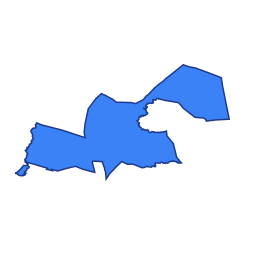 the district of San Miguel Amatitlán, Oaxaca, Mexico, rotated 287°
{"feature_id": "50627088B32935680328214", "entity_name": "San Miguel Amatitlán", "entity_type": "district", "adm_level": 2, "iso_a3": "MEX", "parent_name": "Mexico", "parent_adm1": "Oaxaca", "projection": "equal_earth", "projection_center": [-98.046, 17.886], "detail": "fine", "context": "isolated", "style": "filled", "palette": "blue", "viewbox_px": 256, "rotation_deg": 287, "n_neighbors": 0, "source": "geoboundaries", "source_scale": "gbopen_adm2", "svg_char_len": 5610}
<svg xmlns="http://www.w3.org/2000/svg" viewBox="0 0 256 256"><g transform="rotate(287 128 128)"><path d="M106.2,39.2L105.5,39.2L105.2,39.2L104.4,38.5L103.0,39.1L102.3,39.6L101.9,39.6L101.6,39.4L101.0,39.5L100.6,38.8L100.4,38.1L100.4,37.8L99.9,37.1L99.2,36.9L99.0,37.0L98.7,36.9L98.5,36.3L98.0,36.2L96.7,36.1L96.2,36.3L95.7,36.7L95.3,37.5L95.0,37.5L94.1,38.3L93.6,38.8L92.9,39.0L92.6,38.9L92.3,38.9L90.0,40.7L89.7,40.5L89.3,39.9L89.0,39.8L88.2,39.9L87.3,39.3L87.0,39.3L86.8,39.4L86.8,39.6L87.1,39.9L86.7,40.0L86.2,39.9L85.6,40.1L85.4,40.0L85.3,39.8L84.1,39.4L83.9,38.7L83.6,38.5L83.3,38.6L83.2,38.8L83.2,39.0L81.6,38.4L81.4,38.4L80.7,38.7L80.4,38.7L80.2,38.3L80.1,37.2L79.9,37.0L79.7,37.1L79.4,37.5L79.2,37.6L78.5,37.3L78.3,37.6L78.0,37.9L77.5,37.2L77.1,36.9L76.6,36.4L76.4,36.4L75.9,37.4L75.4,37.8L75.1,38.4L74.8,38.7L74.1,39.0L73.9,39.6L73.7,39.7L72.7,39.2L72.4,39.2L71.3,39.3L70.9,39.5L69.9,39.6L69.2,39.3L69.1,39.1L68.7,38.8L67.6,38.6L67.1,38.8L67.0,39.0L66.9,39.6L66.8,39.8L66.6,39.9L66.3,39.7L65.5,39.5L65.4,39.6L65.3,39.9L65.3,40.1L65.0,41.0L64.5,41.5L64.1,42.6L63.5,42.5L63.0,42.4L62.6,42.0L62.3,41.5L62.0,40.3L61.6,39.8L61.6,39.6L61.7,39.1L57.1,37.2L52.8,34.6L52.4,33.8L51.8,33.8L51.6,34.1L51.7,34.4L52.0,34.7L52.0,35.1L51.5,35.9L51.4,36.0L51.3,36.3L51.3,36.8L51.0,37.2L50.9,38.1L51.0,39.1L51.2,39.6L51.3,40.3L51.3,40.8L51.7,41.5L52.2,41.5L52.3,41.6L52.4,42.6L52.5,43.0L52.4,43.1L52.6,43.0L53.3,43.4L53.6,43.1L53.4,42.3L53.5,41.9L54.4,43.2L54.8,43.5L54.9,42.7L55.2,42.2L55.8,41.9L56.2,42.8L56.7,42.7L57.5,43.3L58.0,43.5L58.6,43.3L59.9,43.4L60.0,43.8L60.2,44.1L61.0,44.9L61.9,44.9L62.9,42.8L64.0,43.0L65.7,40.5L65.7,43.2L66.0,50.7L65.9,51.1L65.9,55.2L65.9,59.4L66.0,60.8L65.9,62.9L64.7,62.3L65.1,68.2L66.1,67.3L66.3,73.2L69.6,78.4L70.5,79.6L73.3,84.3L73.9,85.2L76.2,89.5L75.9,90.6L75.4,96.2L75.6,105.5L75.9,109.2L78.9,107.5L84.5,104.0L86.1,104.1L88.0,112.1L88.4,113.0L82.9,117.2L81.0,118.1L79.6,119.2L78.0,120.0L72.9,122.0L78.6,123.7L87.2,128.0L94.0,131.7L93.2,138.4L94.9,143.1L94.1,153.1L95.0,155.1L95.4,155.7L95.7,155.7L96.6,156.7L96.6,158.1L96.9,158.4L97.0,159.7L97.3,160.6L97.5,162.0L98.2,161.9L98.9,162.7L98.8,165.0L99.0,165.4L99.6,165.6L100.1,165.5L100.0,165.1L100.1,164.9L101.3,164.6L101.6,164.2L101.8,164.5L102.5,164.7L102.7,164.9L103.1,166.3L103.8,169.0L104.3,169.1L105.2,170.6L104.7,172.0L104.7,172.5L105.3,173.3L105.3,174.2L105.2,174.4L105.8,174.7L106.0,175.1L105.9,175.7L106.5,175.9L106.5,176.8L108.0,177.5L108.6,178.6L108.6,179.2L109.2,179.7L109.2,179.9L109.1,180.1L109.1,180.3L109.2,180.5L109.4,180.5L109.7,180.8L109.8,181.1L109.8,181.4L109.6,181.6L109.8,182.0L109.8,182.5L109.7,182.5L109.7,182.9L109.7,183.2L109.9,183.9L109.9,184.2L109.5,184.8L109.6,185.3L109.4,185.5L109.2,185.6L109.2,185.9L109.6,185.9L109.6,186.2L109.4,186.4L109.5,187.1L109.7,187.5L109.6,187.9L109.7,188.1L110.1,188.8L110.3,189.2L110.5,188.7L114.2,183.1L126.4,175.9L131.8,167.6L136.3,165.6L135.8,164.9L135.5,164.7L135.2,163.8L135.0,163.6L134.3,162.6L134.2,161.9L133.8,161.6L133.8,160.8L133.3,160.2L133.0,160.0L132.9,159.4L132.7,158.9L132.9,158.4L132.6,158.2L132.1,156.4L132.1,155.9L131.9,155.6L131.7,155.2L131.6,154.8L131.8,154.4L131.8,153.5L131.5,151.8L131.2,151.7L130.9,151.4L130.7,151.2L129.9,149.8L130.5,149.0L130.7,148.6L131.5,148.4L131.9,147.6L131.8,146.9L131.0,146.2L131.3,145.7L131.4,145.4L130.9,144.5L130.9,144.2L131.1,143.7L131.5,143.3L131.5,142.9L131.2,142.6L130.9,142.7L130.6,142.3L130.5,142.1L131.0,141.5L131.5,141.1L132.2,140.4L132.4,140.0L132.5,138.6L132.7,138.2L133.1,138.0L133.6,138.2L134.0,138.1L134.1,137.8L134.0,137.3L134.2,137.1L134.6,137.1L135.0,136.9L135.5,137.3L135.9,137.5L136.2,137.4L136.4,137.1L136.4,136.5L136.5,136.0L136.7,135.6L137.0,135.3L137.3,135.1L137.7,134.8L137.8,134.6L138.1,135.3L138.7,135.7L139.4,135.9L140.1,135.7L140.5,135.3L141.1,135.3L141.7,135.7L142.3,135.7L142.3,136.0L142.2,136.5L142.4,137.1L143.0,136.6L143.4,137.3L144.1,137.6L144.1,137.8L144.1,138.1L143.7,138.8L143.8,139.3L144.1,139.5L144.7,139.5L144.8,139.9L145.0,140.7L145.3,141.0L146.0,141.1L146.2,141.3L146.6,142.0L146.8,142.2L147.1,142.4L148.0,142.4L148.3,142.2L148.4,141.1L148.7,140.9L149.1,141.0L149.3,140.9L149.4,140.6L149.7,140.4L150.0,140.3L150.2,140.2L150.2,139.8L150.5,139.5L150.9,139.4L151.0,139.0L150.9,137.8L151.0,137.6L151.6,137.4L151.6,137.6L151.4,138.3L151.3,139.0L151.7,139.6L151.9,139.9L152.9,140.0L153.2,140.3L153.9,140.2L154.2,139.7L154.0,139.2L153.8,139.1L153.6,139.0L153.5,138.8L153.5,138.7L155.1,138.5L155.7,138.6L156.1,139.1L156.5,139.1L156.4,139.5L156.6,139.8L156.9,140.0L157.3,140.0L157.5,140.3L157.9,140.4L158.0,140.5L157.9,140.8L157.9,141.2L158.0,141.5L158.6,142.0L158.7,142.5L158.4,142.9L158.4,143.3L158.5,143.5L158.6,143.8L159.0,144.3L159.6,144.9L159.9,144.8L160.4,144.0L160.7,143.9L161.4,144.3L162.1,143.9L162.3,143.8L162.5,143.6L162.7,143.9L162.6,144.9L162.6,145.5L162.6,146.1L162.8,146.4L163.1,146.4L163.5,146.6L163.8,146.6L164.3,146.7L164.7,147.1L165.1,147.7L165.1,148.0L164.8,148.3L164.6,148.9L165.1,150.1L165.1,150.5L164.9,151.4L165.2,152.6L165.2,155.1L167.0,168.7L165.5,171.6L163.1,175.0L157.8,189.0L159.7,197.5L159.2,199.1L158.3,200.4L157.8,200.7L157.5,200.8L161.3,209.4L166.0,222.2L194.9,206.6L203.4,202.5L204.2,190.6L205.1,174.8L204.4,168.6L204.6,162.3L189.7,152.2L186.7,150.0L182.7,147.7L179.7,145.3L174.1,141.7L167.1,138.2L166.1,137.8L163.9,136.0L159.5,134.3L156.7,131.3L153.6,128.2L153.2,123.2L152.7,121.9L151.5,117.2L149.2,109.2L150.9,105.2L151.3,103.5L151.7,100.8L152.1,99.4L152.7,96.2L152.6,94.7L153.1,93.3L153.2,92.6L146.8,88.7L134.7,84.4L119.6,85.7L111.2,87.3L106.2,89.8L106.7,65.5L105.7,44.4L106.2,39.2Z" fill="#3b82f6" stroke="#1e3a8a" stroke-width="1.5"/></g></svg>